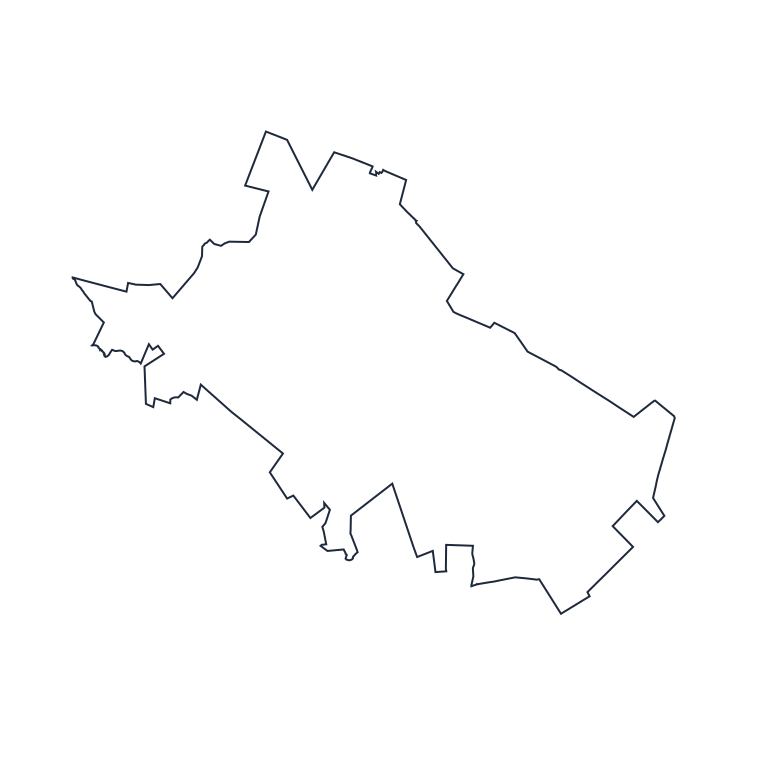 the district of Opodepe, Sonora, Mexico, rotated 225°
{"feature_id": "50627088B76508997852309", "entity_name": "Opodepe", "entity_type": "district", "adm_level": 2, "iso_a3": "MEX", "parent_name": "Mexico", "parent_adm1": "Sonora", "projection": "albers", "projection_center": [-110.689, 30.036], "detail": "fine", "context": "isolated", "style": "outline", "palette": "slate", "viewbox_px": 768, "rotation_deg": 225, "n_neighbors": 0, "source": "geoboundaries", "source_scale": "gbopen_adm2", "svg_char_len": 5518}
<svg xmlns="http://www.w3.org/2000/svg" viewBox="0 0 768 768"><g transform="rotate(225 384 384)"><path d="M646.0,479.0L622.5,426.1L601.8,438.5L590.3,414.5L580.3,399.0L579.9,388.9L594.1,375.2L596.1,370.7L596.9,366.5L603.0,363.0L609.2,362.9L609.3,359.4L609.2,358.6L609.5,357.9L609.9,356.9L610.0,356.1L609.7,355.3L609.6,354.7L609.7,353.5L609.6,352.9L609.4,352.4L603.0,345.6L598.2,334.8L596.7,328.3L594.2,295.1L612.9,296.5L620.2,287.7L629.6,278.9L636.4,274.5L631.4,267.2L647.6,257.7L669.9,244.7L679.5,239.2L679.2,238.9L678.9,238.7L678.7,238.6L678.0,238.7L677.7,238.8L677.4,238.9L677.1,239.0L676.8,239.1L676.4,239.1L676.1,239.1L675.9,239.0L675.7,238.9L674.6,238.5L673.9,238.2L672.6,237.6L672.3,237.5L672.1,237.4L671.3,237.1L671.0,237.0L670.8,237.0L670.5,237.0L670.2,237.1L669.6,237.2L668.5,237.3L667.6,237.4L666.8,237.4L666.1,237.4L665.7,237.3L665.2,237.2L664.7,237.0L664.4,236.9L664.1,236.8L663.7,236.8L663.1,236.8L662.4,236.8L661.6,236.6L660.6,236.3L659.4,236.1L650.2,235.1L649.0,235.7L640.0,230.3L637.3,229.4L625.6,229.4L617.7,206.8L617.7,204.9L617.3,205.2L617.0,205.8L616.6,206.2L615.8,207.0L614.6,207.8L613.9,208.1L613.2,208.3L612.4,208.3L611.7,207.8L611.2,207.9L610.6,207.9L610.3,207.9L610.0,207.8L609.9,207.7L609.7,207.7L609.5,207.8L609.4,207.9L609.3,208.0L609.2,208.1L608.9,208.0L608.7,207.7L608.6,207.4L608.5,207.2L608.4,207.3L608.3,207.5L608.1,207.6L608.0,207.8L608.0,208.0L607.8,208.1L607.7,208.2L607.3,208.0L607.2,208.0L607.1,207.9L606.9,207.9L606.8,208.0L606.7,207.9L606.4,208.0L606.2,208.1L605.9,208.1L605.6,208.0L605.5,207.9L605.3,207.9L605.1,207.9L604.8,207.9L604.6,207.8L604.4,207.8L604.2,207.9L604.1,208.0L603.8,207.8L603.7,207.8L602.9,207.7L602.9,207.4L602.7,207.3L602.7,207.2L602.5,207.3L602.4,207.3L602.3,207.2L602.2,207.2L601.9,207.0L601.7,206.6L601.6,206.4L601.6,206.2L601.4,206.2L601.2,206.4L600.9,206.4L600.7,206.3L600.4,206.2L600.2,206.2L600.1,206.7L599.6,207.2L599.3,207.8L599.2,208.6L599.2,209.1L599.2,210.4L599.3,210.8L599.6,211.7L599.9,212.7L600.0,213.7L600.0,214.1L600.3,215.0L600.5,215.4L600.5,215.8L600.1,216.2L599.7,216.3L599.1,216.5L598.0,216.9L597.3,217.4L596.6,218.0L596.0,218.8L595.2,219.9L594.7,220.5L594.0,221.3L592.9,222.0L592.4,222.3L591.1,222.5L590.1,222.5L589.7,222.5L589.0,222.2L588.2,221.9L587.1,221.8L586.3,221.9L585.8,222.0L585.1,222.2L584.6,222.4L583.9,222.7L583.5,222.9L583.2,222.9L581.7,222.5L580.5,222.4L579.6,222.3L578.9,222.3L578.2,222.5L577.6,222.9L576.6,223.4L575.8,224.2L575.1,225.4L574.5,225.9L573.9,226.1L573.3,226.2L572.5,226.5L571.6,226.6L570.5,226.5L578.4,245.9L571.9,244.7L570.8,251.2L560.9,249.8L565.8,227.1L541.4,204.5L538.3,201.6L530.8,204.5L536.0,211.9L521.5,219.2L524.0,221.8L524.0,223.1L523.4,224.8L522.7,226.3L521.3,227.9L520.0,228.9L520.1,236.6L516.3,237.6L511.8,239.7L505.2,240.5L505.5,241.0L511.3,251.0L513.1,254.0L472.2,256.4L462.7,257.5L406.3,263.4L402.3,240.8L371.5,234.5L369.2,241.0L341.3,237.2L338.7,254.4L342.2,257.6L333.3,256.8L327.0,244.2L326.6,239.4L325.1,238.6L322.9,237.4L321.3,236.4L311.5,229.8L314.3,226.3L314.4,224.7L305.9,226.0L295.5,238.5L293.9,237.9L293.6,237.8L293.2,237.8L291.8,237.3L291.4,237.1L291.3,236.9L291.1,236.8L290.8,236.9L290.2,236.8L289.8,236.8L289.5,236.8L289.2,236.5L289.2,236.2L287.7,233.4L287.4,233.5L286.9,233.3L286.3,233.3L286.2,233.5L285.8,233.7L285.4,233.9L284.9,234.1L284.6,234.3L284.2,234.5L283.9,234.8L283.3,235.7L283.0,236.3L282.9,236.6L282.9,236.9L282.7,237.2L282.6,237.7L282.6,238.3L282.8,238.9L283.4,239.5L283.6,239.7L283.7,239.9L283.7,240.1L283.7,240.7L283.7,241.1L283.8,241.6L283.9,242.7L283.9,243.6L283.9,244.5L283.8,245.2L283.7,246.4L286.3,247.7L300.5,254.0L301.9,254.4L304.4,257.2L314.3,267.5L307.7,319.4L247.3,289.3L238.2,285.1L231.5,300.5L214.6,287.4L207.5,295.6L209.6,297.1L226.3,314.2L206.7,332.5L202.8,327.8L202.4,327.3L201.4,326.3L200.4,325.6L199.0,324.8L197.3,323.8L193.9,321.4L193.0,320.7L192.6,320.1L192.1,319.1L191.6,317.9L191.1,317.0L190.5,316.2L184.8,311.2L179.9,303.5L179.2,302.8L177.0,307.3L176.9,308.2L176.4,308.2L175.7,309.4L168.7,319.2L166.9,321.5L163.7,326.4L154.5,340.1L144.8,348.1L137.7,353.6L136.2,355.7L111.4,350.1L96.4,346.7L90.7,370.3L88.5,379.3L93.0,380.7L92.8,408.7L92.8,413.7L92.8,419.2L92.7,444.9L111.2,445.1L114.6,445.1L121.8,445.2L122.1,457.3L122.3,463.9L122.6,480.1L111.5,480.1L92.6,480.0L92.5,483.1L92.5,485.2L92.5,489.0L109.4,492.8L113.2,493.7L119.7,504.1L122.4,508.1L126.0,514.0L127.7,517.2L134.3,529.2L138.3,536.8L139.7,539.2L140.8,541.1L154.4,565.6L155.4,566.0L156.1,566.4L157.7,566.2L167.1,565.3L174.1,564.6L177.6,564.3L179.7,564.1L180.6,563.9L180.9,563.6L181.1,563.0L181.1,562.4L181.5,559.9L184.2,537.3L194.0,535.2L202.9,533.3L209.5,532.0L212.4,531.4L229.6,527.5L235.6,526.2L247.5,523.6L252.4,522.6L261.6,520.6L268.1,519.1L270.8,517.8L271.1,518.0L273.8,518.0L275.0,517.8L281.2,515.9L305.4,508.4L308.0,508.9L315.7,510.3L327.6,512.4L349.3,505.3L348.7,498.9L362.7,493.2L373.6,488.8L378.6,486.7L382.7,485.1L385.9,484.1L398.3,487.2L400.1,494.9L402.3,504.1L403.6,510.1L403.7,510.3L404.4,513.0L404.5,513.4L404.7,514.5L405.5,517.8L412.8,515.7L417.2,514.5L470.0,520.5L475.0,520.5L475.5,521.0L475.8,521.4L476.3,521.4L476.6,521.5L476.8,521.7L476.7,522.2L477.1,522.0L477.4,522.1L478.0,522.3L478.1,522.2L478.6,522.2L489.6,522.0L499.9,522.3L512.6,543.9L533.8,535.4L536.0,534.8L535.3,533.3L535.1,531.4L536.8,530.8L536.5,530.0L536.5,529.3L536.4,528.9L537.3,528.8L539.7,528.4L538.2,527.4L537.7,526.2L537.1,525.8L543.0,523.0L543.6,523.9L545.3,528.6L545.9,529.8L565.9,521.2L583.1,512.6L572.0,470.6L625.2,488.1L646.0,479.0Z" fill="none" stroke="#1e293b" stroke-width="2"/></g></svg>